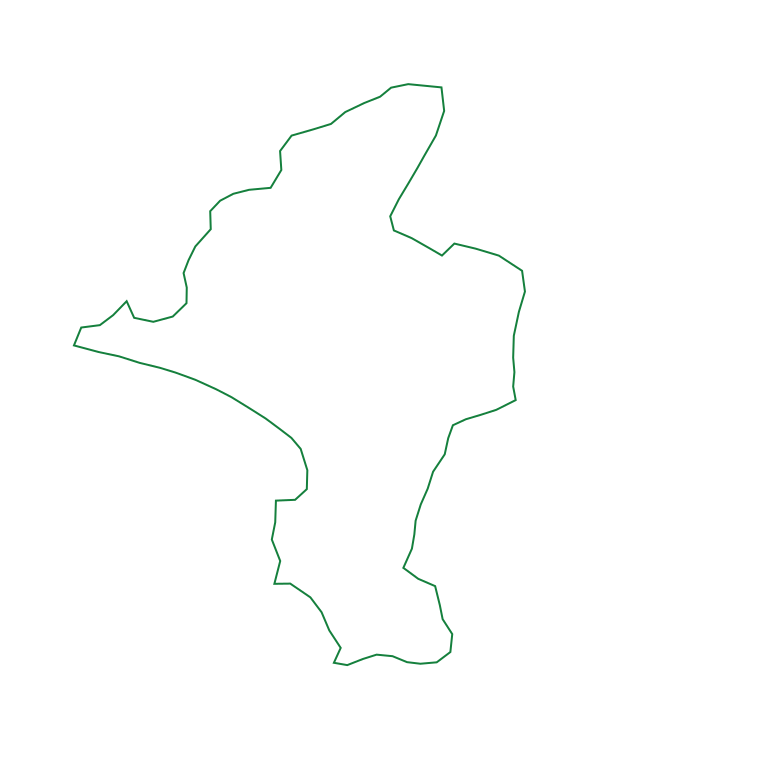 outline of Itapema, Santa Catarina, Brazil, rotated 143°
{"feature_id": "56859067B84444933565418", "entity_name": "Itapema", "entity_type": "district", "adm_level": 2, "iso_a3": "BRA", "parent_name": "Brazil", "parent_adm1": "Santa Catarina", "projection": "mercator", "projection_center": [-48.63, -27.1], "detail": "fine", "context": "isolated", "style": "outline", "palette": "green", "viewbox_px": 768, "rotation_deg": 143, "n_neighbors": 0, "source": "geoboundaries", "source_scale": "gbopen_adm2", "svg_char_len": 1438}
<svg xmlns="http://www.w3.org/2000/svg" viewBox="0 0 768 768"><g transform="rotate(143 384 384)"><path d="M492.3,130.0L480.0,143.2L478.7,160.9L472.5,173.8L464.8,191.8L473.9,207.8L479.2,225.5L460.8,235.7L450.3,245.6L441.0,255.8L427.1,265.7L412.1,274.1L397.6,284.4L377.8,291.3L365.3,302.1L353.8,309.6L339.9,306.6L325.4,301.2L309.9,295.8L288.5,291.9L282.4,304.2L272.7,315.0L265.0,327.3L251.3,344.4L232.9,360.4L215.8,373.0L205.6,391.3L215.0,417.4L229.4,437.0L243.3,453.8L260.4,451.7L265.8,464.6L274.1,483.8L283.7,500.7L278.1,514.2L261.0,522.6L243.9,529.5L227.3,536.4L215.0,541.8L193.0,551.2L171.6,565.9L159.6,586.3L184.2,608.9L200.0,616.4L214.2,615.8L230.7,620.3L251.3,624.5L269.8,623.6L287.2,629.9L308.3,638.0L326.8,632.6L337.2,616.7L356.5,608.9L374.9,620.3L389.9,626.6L404.6,629.0L418.8,626.6L429.2,611.9L451.9,607.4L465.6,600.5L477.3,593.2L483.5,579.7L493.1,567.4L512.1,565.0L530.8,572.5L543.7,587.2L539.7,605.0L558.9,602.0L575.5,602.0L591.8,611.3L608.4,601.4L592.6,581.2L579.0,565.6L566.4,547.9L553.3,531.9L543.7,518.7L532.2,501.0L521.2,480.8L513.7,465.2L505.4,443.9L499.3,427.7L494.5,411.4L490.4,396.7L489.6,382.3L497.1,361.3L508.9,346.5L524.7,345.0L540.5,355.9L554.1,339.0L567.2,327.3L573.4,305.1L591.8,290.4L579.0,281.0L571.2,257.9L571.2,239.3L576.0,220.1L577.4,199.3L591.8,191.5L582.5,181.6L566.4,177.1L552.8,172.3L541.0,161.5L533.0,148.0L523.3,138.7L509.4,130.0L492.3,130.0Z" fill="none" stroke="#15803d" stroke-width="2"/></g></svg>